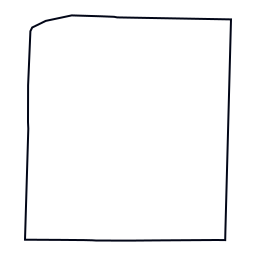 Fayette, Tennessee, United States of America (orthographic projection)
{"feature_id": "52423323B86424015189760", "entity_name": "Fayette", "entity_type": "district", "adm_level": 2, "iso_a3": "USA", "parent_name": "United States of America", "parent_adm1": "Tennessee", "projection": "orthographic", "projection_center": [-89.459, 35.199], "detail": "fine", "context": "isolated", "style": "outline", "palette": "ink", "viewbox_px": 256, "rotation_deg": 0, "n_neighbors": 0, "source": "geoboundaries", "source_scale": "gbopen_adm2", "svg_char_len": 382}
<svg xmlns="http://www.w3.org/2000/svg" viewBox="0 0 256 256"><path d="M225.2,240.1L225.4,230.6L231.0,19.4L117.2,17.4L114.1,16.8L101.3,16.3L71.7,15.4L45.7,20.9L32.2,27.5L30.4,31.2L28.1,85.3L28.0,122.1L28.3,128.7L25.0,239.7L60.5,239.9L84.7,240.1L92.5,240.3L95.6,240.5L118.9,240.6L132.0,240.6L155.8,240.4L216.6,240.0L225.2,240.1Z" fill="none" stroke="#020617" stroke-width="2"/></svg>